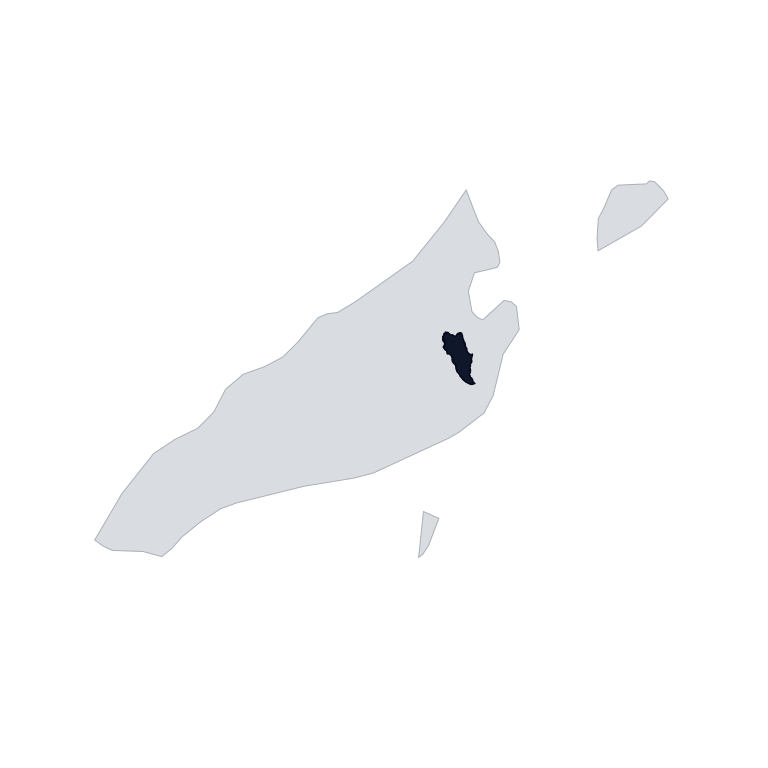 Cailaco, Bobonaro, East Timor (highlighted), rotated 170°
{"feature_id": "22284137B47334481051", "entity_name": "Cailaco", "entity_type": "district", "adm_level": 2, "iso_a3": "TLS", "parent_name": "East Timor", "parent_adm1": "Bobonaro", "projection": "equal_earth", "projection_center": [125.257, -8.874], "detail": "fine", "context": "in_parent", "style": "filled", "palette": "ink", "viewbox_px": 768, "rotation_deg": 170, "n_neighbors": 0, "source": "geoboundaries", "source_scale": "gbopen_adm2", "svg_char_len": 6061}
<svg xmlns="http://www.w3.org/2000/svg" viewBox="0 0 768 768"><g transform="rotate(170 384 384)"><path d="M269.4,560.8L262.8,527.3L255.8,512.9L250.3,504.7L248.4,494.5L248.7,484.0L252.0,479.2L275.6,477.8L284.9,460.6L284.8,439.9L280.1,432.9L275.5,430.0L251.2,445.5L244.2,442.7L240.1,437.1L241.4,414.1L261.5,392.6L278.5,353.7L290.4,338.2L318.2,323.6L329.4,319.5L410.3,298.1L429.6,296.6L480.9,297.2L549.5,292.5L566.4,289.6L588.4,280.2L609.7,268.4L621.0,259.2L632.9,252.6L650.5,260.9L680.4,267.3L688.5,272.9L696.0,280.6L661.1,321.6L622.9,355.6L599.4,365.8L575.1,372.8L556.5,385.9L540.9,406.4L520.9,418.0L498.3,421.9L479.1,428.1L461.6,440.2L437.3,460.9L427.5,463.0L417.1,462.5L397.0,470.4L334.4,500.0L296.6,532.9L269.4,560.8ZM72.0,516.9L103.0,494.9L150.1,478.0L148.9,490.4L144.1,509.9L136.9,519.1L126.2,535.5L119.1,539.2L90.8,535.5L87.2,537.9L82.4,536.2L75.1,525.6L72.0,516.9ZM380.0,207.2L367.3,251.6L353.4,242.1L368.2,217.2L375.2,209.8L380.0,207.2Z" fill="#d9dde1" stroke="#a8b0b8" stroke-width="1"/><path d="M291.9,397.8L292.1,397.7L292.3,397.7L292.6,397.6L292.8,397.7L292.9,397.8L293.0,397.7L293.4,397.7L293.5,397.8L293.9,398.0L294.1,398.2L294.3,398.5L294.5,398.7L294.7,398.9L295.0,399.0L295.3,399.3L295.4,399.5L295.9,400.5L296.1,400.9L296.6,402.1L296.6,402.3L296.5,403.1L296.4,403.5L296.4,404.2L296.4,404.4L296.4,404.7L296.9,405.7L297.0,405.9L297.0,406.0L297.3,406.3L297.4,406.9L297.3,407.0L297.2,407.1L297.3,407.3L297.4,407.5L297.5,407.6L297.5,407.8L297.4,408.1L297.2,408.2L297.3,408.4L297.2,408.5L297.1,408.8L297.2,409.2L297.1,409.4L297.2,409.6L297.2,409.8L297.2,410.5L297.3,411.0L297.5,411.0L297.8,411.2L297.8,411.5L298.0,411.7L298.1,411.9L298.1,412.0L298.0,412.4L297.9,412.9L297.9,413.0L298.0,413.1L298.0,413.4L298.1,413.9L298.2,414.3L298.3,414.7L298.4,415.1L298.5,415.6L298.5,416.0L298.5,416.3L298.4,416.5L298.4,417.9L298.4,418.4L298.5,418.7L298.5,418.8L298.7,419.2L298.7,419.3L298.7,419.5L298.7,419.8L298.7,420.1L298.7,420.4L298.8,420.6L299.0,420.7L299.1,420.8L299.4,420.7L299.6,420.8L299.8,421.0L299.9,420.9L300.0,421.0L300.3,421.2L300.7,421.3L300.8,421.3L301.0,421.3L301.5,421.2L301.9,420.9L302.1,420.8L302.2,420.6L302.3,420.5L302.5,420.7L302.6,420.8L302.9,420.7L303.1,420.6L303.5,420.2L303.8,419.8L304.1,419.4L304.3,419.2L304.5,419.0L304.9,418.8L305.2,418.7L305.5,418.7L306.0,418.9L306.4,419.0L306.6,419.0L306.8,419.3L307.0,419.6L307.1,419.8L307.5,420.1L307.8,420.3L308.1,420.5L308.5,420.6L310.0,420.8L310.3,420.9L310.4,421.1L310.8,422.1L311.2,422.4L311.4,422.5L311.5,422.8L311.6,423.0L311.9,423.4L312.0,423.5L312.3,423.7L312.5,423.8L312.8,423.9L313.2,423.4L313.3,423.4L313.6,423.5L313.8,423.4L313.9,423.5L314.0,423.9L314.1,424.2L314.2,424.3L314.3,424.3L314.5,424.4L314.8,424.2L315.0,423.8L315.1,423.5L315.1,423.4L315.0,423.1L315.1,422.9L315.3,422.9L315.4,423.1L315.5,423.2L315.9,423.1L316.3,423.0L316.4,422.8L316.4,422.7L316.5,422.4L316.4,422.0L316.5,421.9L316.7,421.7L316.8,421.3L317.0,421.1L317.1,420.8L317.2,420.7L317.4,420.6L317.5,420.4L317.8,420.6L318.0,420.4L318.0,420.1L317.9,419.8L317.8,419.7L317.8,419.3L317.8,419.2L318.0,418.9L318.2,418.6L318.3,418.4L318.4,418.2L318.4,417.9L318.3,418.0L318.2,418.0L318.0,417.9L317.9,417.8L317.8,417.5L317.7,417.5L317.6,417.3L317.6,417.2L317.8,417.0L318.0,417.0L318.1,416.6L318.2,416.4L318.2,416.2L317.9,416.2L317.9,415.9L318.0,415.7L317.9,415.4L317.8,415.2L317.6,414.9L317.4,415.0L317.2,415.1L317.0,415.3L316.8,415.3L316.7,415.2L316.7,414.9L316.9,414.6L317.1,414.3L317.1,414.1L317.1,413.9L317.1,413.7L317.1,413.3L317.2,413.2L317.4,413.0L317.4,412.8L317.6,412.1L317.8,411.9L317.9,411.7L318.0,411.3L318.2,410.9L318.4,410.8L318.6,410.9L318.8,410.8L319.0,410.6L319.1,410.3L319.2,410.1L319.2,409.9L319.1,409.6L319.0,409.3L318.6,408.7L318.4,408.5L318.4,408.4L318.3,408.0L318.1,407.7L317.9,407.2L317.7,407.0L317.5,406.7L317.1,406.4L316.7,406.2L316.4,405.7L316.5,405.4L316.5,405.0L316.5,404.7L316.5,404.4L316.4,404.3L316.4,404.1L316.4,403.7L316.5,403.3L316.5,403.1L316.4,403.0L316.4,402.8L316.2,402.7L315.8,402.6L315.6,402.7L315.0,402.5L314.7,402.5L314.5,402.3L314.4,402.0L314.2,401.8L314.0,401.7L313.7,401.6L313.4,401.3L313.3,401.0L313.1,400.6L312.8,399.9L312.6,399.6L312.6,399.2L312.5,398.9L312.4,398.3L312.4,397.8L312.4,397.4L312.5,396.9L312.6,396.6L312.7,396.4L312.7,396.0L312.7,395.5L312.7,395.2L312.7,394.6L312.6,394.2L312.4,393.6L312.3,393.3L312.0,392.8L311.8,392.5L311.3,391.8L310.8,391.0L310.5,390.4L310.4,390.1L310.3,389.8L310.2,389.3L310.2,388.8L310.4,387.1L310.3,386.4L310.3,385.9L310.2,385.3L310.1,384.7L310.0,383.9L309.7,383.0L309.4,382.7L309.0,382.1L308.7,381.5L308.4,380.9L308.1,380.4L307.8,379.4L307.7,378.9L307.7,378.5L307.5,378.2L307.3,377.8L306.9,377.5L306.5,377.0L306.4,376.5L306.1,375.9L305.8,375.3L305.4,374.6L304.8,373.8L304.3,373.3L304.0,372.9L303.8,372.6L303.4,372.3L303.1,371.9L302.7,371.4L301.9,371.0L301.5,370.6L300.8,370.0L299.6,369.2L299.0,368.9L298.6,368.6L298.3,368.5L297.9,368.4L297.5,368.4L297.0,368.4L296.4,368.4L296.0,368.4L295.7,368.5L294.7,368.8L295.2,369.4L295.2,369.5L295.1,369.9L295.2,370.1L295.4,370.3L295.8,370.4L296.0,370.5L296.3,370.7L296.3,370.8L296.3,371.2L296.2,371.7L296.1,372.0L295.9,372.4L296.0,372.7L296.1,372.9L296.2,373.0L296.3,373.3L296.5,373.9L296.5,374.1L296.5,374.4L296.6,374.6L296.8,374.8L297.1,374.8L297.3,374.9L297.4,375.0L297.5,375.2L297.8,375.9L297.8,376.1L297.8,376.6L297.8,377.1L297.8,377.4L297.9,377.5L298.2,377.8L298.4,378.2L298.5,378.4L298.5,378.6L298.5,378.8L298.4,379.0L298.1,379.3L297.4,379.8L297.2,379.9L297.1,380.1L297.0,380.4L296.9,380.6L296.6,381.8L296.6,382.0L296.5,382.6L296.4,382.8L296.4,383.0L296.4,383.8L296.5,384.0L296.5,384.3L296.6,384.6L296.6,385.0L296.5,385.4L296.4,385.7L296.2,386.0L296.1,386.3L295.7,386.8L295.6,387.0L295.6,387.5L295.7,387.9L295.7,388.3L295.6,388.7L295.3,389.0L295.0,389.3L294.6,389.5L294.3,389.8L294.1,390.0L293.8,390.5L293.7,390.7L293.7,390.9L293.6,391.1L293.6,391.9L293.6,392.4L293.6,393.0L293.6,393.3L293.5,393.6L293.4,393.9L293.2,394.4L293.1,394.6L292.6,395.7L292.3,396.2L292.2,396.4L292.1,396.7L292.0,397.0L291.9,397.4L291.9,397.5L291.9,397.8Z" fill="#0f172a" stroke="#020617" stroke-width="1.5"/></g></svg>